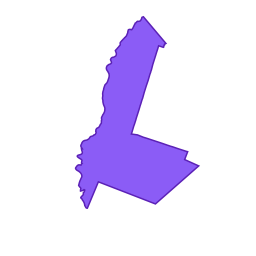 Nicolás Ruíz, Chiapas, Mexico (Albers equal-area conic projection), rotated 140°
{"feature_id": "50627088B68724727080459", "entity_name": "Nicolás Ruíz", "entity_type": "district", "adm_level": 2, "iso_a3": "MEX", "parent_name": "Mexico", "parent_adm1": "Chiapas", "projection": "albers", "projection_center": [-92.605, 16.437], "detail": "fine", "context": "isolated", "style": "filled", "palette": "violet", "viewbox_px": 256, "rotation_deg": 140, "n_neighbors": 0, "source": "geoboundaries", "source_scale": "gbopen_adm2", "svg_char_len": 5699}
<svg xmlns="http://www.w3.org/2000/svg" viewBox="0 0 256 256"><g transform="rotate(140 128 128)"><path d="M155.8,52.2L98.2,53.5L104.9,67.4L97.5,71.5L98.5,72.9L100.0,75.3L102.9,79.9L105.9,84.9L107.2,86.8L108.4,88.8L108.8,89.4L109.5,90.6L112.2,95.1L114.0,98.0L120.5,108.5L121.1,109.4L122.2,111.1L125.2,116.7L125.3,116.8L128.0,119.8L129.3,121.2L128.7,121.6L128.0,122.0L126.2,123.2L122.3,125.8L120.7,126.7L116.6,129.3L115.5,130.1L112.0,132.3L107.1,135.4L106.4,135.9L105.3,136.6L104.6,137.1L102.3,138.5L101.4,139.1L99.9,140.1L98.6,140.9L97.8,141.3L93.6,144.2L92.9,144.7L89.3,147.0L86.8,148.6L82.0,151.5L76.8,155.0L75.0,156.0L74.2,156.6L72.8,157.4L68.2,160.7L64.3,163.2L60.2,165.8L59.3,166.4L57.6,167.5L54.7,169.3L51.7,171.3L49.1,167.1L48.9,167.1L48.5,167.1L48.1,167.6L47.6,167.9L47.1,168.3L46.7,168.1L46.3,168.2L46.0,168.7L45.4,168.7L44.6,168.4L44.7,203.3L46.0,203.8L46.6,203.6L47.2,203.1L48.6,202.4L49.2,202.4L49.8,202.2L50.3,202.3L50.7,202.5L51.1,202.7L51.4,203.0L51.7,203.2L52.2,203.7L52.9,203.7L53.4,203.6L54.0,203.5L54.3,203.5L55.1,203.7L55.9,203.2L56.8,202.9L59.4,201.7L60.0,201.4L60.6,201.3L61.3,201.1L61.8,200.9L62.3,201.1L62.6,201.6L63.0,202.3L64.1,202.9L64.6,203.0L65.5,202.4L65.9,202.2L66.0,202.0L66.6,201.5L67.1,201.1L67.6,200.8L68.3,200.5L68.8,200.2L69.4,199.9L70.2,199.5L71.0,199.5L71.8,199.3L72.6,199.4L73.2,199.2L74.1,199.1L74.9,199.1L75.8,198.9L76.6,198.9L77.4,198.7L78.9,198.5L80.0,197.5L80.3,196.8L80.9,196.5L82.1,196.4L83.3,196.1L84.5,196.0L85.3,195.8L86.4,195.7L87.9,195.5L88.4,194.3L88.7,193.1L89.4,192.1L90.4,191.3L91.3,191.0L92.0,191.2L92.5,191.3L93.1,191.4L93.8,191.6L94.4,192.1L95.2,192.3L96.3,192.2L97.5,191.6L98.2,189.4L98.8,188.5L99.9,188.3L101.3,188.7L102.0,189.0L102.5,188.9L102.8,189.0L103.2,189.1L103.9,189.1L104.4,188.9L104.6,188.8L105.1,188.6L105.9,188.0L106.5,187.3L106.8,186.6L106.9,186.2L107.0,185.8L107.1,185.2L107.1,184.6L107.1,184.2L107.3,183.7L107.4,183.2L107.5,182.7L107.6,182.1L107.7,181.7L108.0,181.3L108.2,181.0L108.5,180.6L108.7,180.2L109.1,179.8L109.5,179.5L109.8,179.2L110.2,178.9L110.7,178.6L111.2,178.3L111.7,178.0L112.5,177.5L112.9,177.2L113.2,177.1L113.7,176.8L114.1,176.6L114.5,176.4L115.4,176.1L115.8,176.0L116.2,176.1L116.8,175.9L117.3,175.9L118.1,175.8L118.6,175.4L119.3,175.1L119.8,174.7L120.5,174.3L121.2,173.9L121.7,173.4L121.9,173.1L122.4,172.9L122.7,172.6L123.3,172.3L123.8,172.0L124.2,171.6L124.7,171.2L125.1,170.9L125.5,170.4L126.2,169.5L126.5,169.0L126.8,168.7L127.4,168.2L127.7,167.9L128.3,167.4L128.6,167.0L129.1,166.1L129.4,165.5L129.6,165.1L130.0,164.7L130.2,164.4L130.6,163.9L130.8,163.4L131.1,162.9L131.4,162.3L131.7,161.7L131.9,161.0L132.2,160.3L132.2,159.8L132.4,159.3L132.6,158.8L132.8,158.6L133.0,158.0L133.3,157.6L133.7,157.3L134.0,156.9L134.3,156.5L134.8,156.2L135.0,156.0L135.5,155.6L135.9,155.4L136.3,155.2L136.8,155.0L137.4,154.7L137.7,154.6L138.6,154.4L139.0,154.2L139.4,154.0L139.9,153.8L140.4,153.5L140.8,153.4L141.3,153.2L141.8,152.8L142.0,152.5L142.3,152.1L142.5,151.7L142.7,151.4L143.0,151.1L143.3,150.9L143.6,150.8L143.7,150.6L144.0,150.3L144.5,149.7L144.9,149.3L145.2,149.0L145.4,148.8L145.7,148.7L146.1,148.6L146.6,148.6L147.0,148.5L147.3,148.3L147.7,148.1L148.0,147.9L148.8,147.7L149.1,147.5L149.6,147.4L150.0,147.4L150.4,147.4L150.8,147.5L151.3,147.6L151.8,147.7L152.3,147.8L152.6,147.7L152.8,147.6L153.2,147.5L153.5,147.4L153.9,147.1L154.1,146.9L154.2,146.7L154.4,146.6L154.7,146.2L155.0,146.0L155.0,145.5L155.1,145.3L155.2,145.1L155.4,145.0L155.9,144.7L156.3,144.5L156.7,144.3L157.3,144.2L157.9,144.2L158.3,144.5L158.7,144.6L159.0,144.6L159.3,144.5L159.8,144.5L160.2,144.6L160.7,144.8L161.0,145.0L161.4,145.1L161.8,145.3L162.2,145.5L162.7,145.4L163.0,145.4L163.4,145.3L163.7,145.2L164.2,145.0L164.7,144.9L165.2,144.9L165.6,144.9L166.0,145.0L166.4,145.1L167.2,145.2L167.6,145.4L168.2,145.7L168.4,145.9L168.8,146.1L169.3,146.3L169.7,146.4L169.7,146.5L170.0,146.6L170.6,146.6L171.0,146.7L171.3,146.7L171.6,146.6L172.0,146.5L172.5,146.4L172.8,146.3L173.0,146.1L173.3,145.9L173.7,145.7L174.1,145.6L174.5,145.4L174.8,145.2L175.1,145.1L175.3,144.9L175.6,144.7L175.8,144.4L175.9,144.1L176.1,143.6L176.2,143.3L176.3,142.9L176.2,142.4L176.4,141.5L176.4,141.4L177.1,141.9L177.5,141.1L177.9,140.4L178.1,139.8L178.3,139.3L178.6,138.8L179.0,138.3L179.3,138.1L179.8,138.0L180.0,137.9L180.4,137.9L180.7,137.9L180.8,138.0L181.0,138.0L181.3,138.2L181.6,138.3L182.0,138.4L182.4,138.6L182.9,138.9L183.4,139.1L183.9,139.3L184.6,139.3L185.1,138.9L185.2,138.3L185.0,137.2L184.7,136.1L184.4,135.2L184.1,134.6L184.1,134.1L184.0,133.5L184.0,133.0L184.1,132.7L184.3,132.6L184.7,132.3L185.1,132.0L185.4,131.7L185.8,131.4L186.0,131.2L186.1,130.9L186.1,130.7L186.0,130.3L186.5,130.3L186.8,130.3L187.1,130.2L187.3,130.2L187.7,129.9L187.8,129.8L188.1,130.0L188.6,130.7L189.1,131.1L189.5,131.5L189.9,131.6L190.7,131.8L191.6,131.7L192.4,131.5L193.2,131.3L193.8,131.1L194.3,130.5L194.4,129.5L194.3,128.6L194.0,127.7L193.6,126.7L193.3,125.3L193.2,124.1L193.3,122.9L193.6,121.9L193.9,121.3L194.4,120.6L195.1,120.1L196.3,119.6L197.7,118.9L198.5,118.5L199.0,118.3L201.0,117.0L202.0,116.2L202.6,115.9L202.8,115.4L202.8,114.7L202.9,113.9L202.8,113.3L202.8,112.5L203.1,111.9L203.7,111.5L204.5,110.8L204.9,110.2L202.6,109.1L201.3,109.1L201.2,109.0L201.0,108.3L201.6,107.8L202.5,107.3L203.1,107.1L203.9,107.1L204.2,106.8L204.4,106.4L204.8,105.9L205.6,105.6L206.4,105.6L207.0,105.4L207.7,105.4L208.1,105.3L208.7,105.2L209.1,104.8L208.9,104.3L208.9,103.5L209.0,102.9L209.2,102.3L209.2,101.9L209.2,101.4L209.3,100.8L209.4,100.4L209.5,99.6L209.7,98.8L210.1,98.0L210.3,97.6L210.5,97.0L211.0,96.4L211.1,95.5L211.2,95.1L211.3,94.6L211.4,93.7L211.2,93.2L210.7,92.7L185.3,105.8L166.8,72.2L155.8,52.2Z" fill="#8b5cf6" stroke="#5b21b6" stroke-width="1.5"/></g></svg>